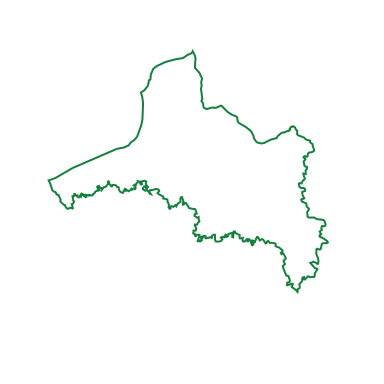 outline of Chhloung, Krâchéh, Cambodia, rotated 339°
{"feature_id": "14789045B96545795392219", "entity_name": "Chhloung", "entity_type": "district", "adm_level": 2, "iso_a3": "KHM", "parent_name": "Cambodia", "parent_adm1": "Krâchéh", "projection": "robinson", "projection_center": [106.098, 12.159], "detail": "fine", "context": "isolated", "style": "outline", "palette": "green", "viewbox_px": 384, "rotation_deg": 339, "n_neighbors": 0, "source": "geoboundaries", "source_scale": "gbopen_adm2", "svg_char_len": 6082}
<svg xmlns="http://www.w3.org/2000/svg" viewBox="0 0 384 384"><g transform="rotate(339 192 192)"><path d="M276.3,314.5L277.5,312.0L281.5,309.0L281.3,308.4L279.5,307.2L277.0,300.6L280.6,300.7L282.7,302.9L283.1,303.9L283.9,304.2L284.7,303.2L286.0,299.4L285.8,294.5L287.6,290.1L288.6,289.8L290.2,291.4L291.1,291.5L291.9,291.1L294.7,287.0L295.4,286.8L300.2,288.1L300.8,287.7L300.6,286.2L297.2,281.2L296.0,280.5L295.2,279.1L295.9,278.0L297.4,277.9L297.0,274.7L299.7,273.8L299.8,272.1L300.7,270.7L301.6,270.4L303.1,271.4L303.9,271.3L304.7,270.9L305.2,269.6L305.2,266.5L304.7,265.1L298.9,262.1L296.9,259.6L291.7,257.6L291.0,256.6L292.4,251.9L295.0,250.2L295.1,249.4L293.9,246.7L294.6,243.6L291.4,240.6L291.1,238.4L291.8,237.9L293.7,238.3L294.6,238.1L294.1,234.9L294.6,232.0L295.1,231.3L297.9,231.6L298.5,230.6L298.3,228.9L297.1,228.0L295.3,227.5L294.7,226.7L294.2,225.2L294.6,222.6L295.6,222.2L297.4,223.3L299.4,221.2L301.9,220.4L302.3,219.5L302.1,217.5L302.6,214.7L304.6,216.0L305.9,212.4L307.5,211.7L308.3,209.8L307.1,209.0L306.4,207.9L307.1,203.6L309.7,202.1L309.7,201.4L308.5,199.9L308.7,199.4L309.1,199.0L310.4,199.0L312.1,200.3L312.6,200.2L313.8,198.0L315.0,197.1L318.6,197.8L320.6,197.3L321.0,197.0L321.3,191.8L321.8,190.6L320.1,188.0L320.6,186.4L317.4,184.1L316.0,181.2L311.4,177.1L310.8,175.9L312.2,172.5L311.3,170.4L311.3,168.5L310.0,166.9L309.0,167.1L308.1,166.6L306.7,167.4L306.1,168.6L305.7,168.3L305.2,169.4L304.0,169.6L302.0,169.2L299.6,169.6L298.1,168.9L296.1,169.1L292.0,170.6L290.3,172.0L284.1,171.3L276.8,172.1L274.1,171.5L270.7,169.2L270.0,168.0L269.1,164.4L269.5,161.2L268.9,156.3L265.7,150.8L260.3,144.1L260.1,141.7L260.8,138.8L260.5,137.4L256.8,134.0L254.1,130.2L250.5,122.2L249.8,121.7L244.6,122.0L240.7,120.3L235.5,119.9L233.3,117.6L233.2,116.7L234.1,113.3L233.4,110.4L235.0,108.7L237.4,98.8L239.2,96.1L239.9,92.8L242.1,89.6L241.6,83.3L239.3,77.4L240.1,74.9L243.2,68.6L243.6,65.5L243.1,60.8L242.1,61.8L240.3,62.4L237.2,62.4L231.5,63.7L224.2,62.2L213.9,61.1L204.2,61.8L200.0,63.1L195.7,67.5L193.7,71.7L192.8,72.3L191.7,72.3L190.9,74.1L188.7,77.1L183.9,80.0L180.0,80.8L179.6,85.6L178.1,91.7L171.9,106.1L168.5,111.6L160.7,120.6L156.7,122.8L152.3,123.9L149.7,125.7L144.7,126.1L137.4,124.8L89.2,126.8L69.6,130.0L62.3,129.8L62.7,133.8L62.2,140.0L63.0,141.9L64.6,143.3L64.7,145.9L66.3,146.7L66.6,152.2L65.6,153.7L67.6,157.7L68.8,158.8L68.6,160.1L69.3,162.6L70.4,163.3L72.7,163.0L74.4,164.6L75.0,164.4L75.4,160.2L76.6,160.3L78.5,158.7L78.0,156.6L78.9,154.4L78.7,153.5L78.9,153.1L80.5,153.3L81.3,151.7L81.9,151.8L82.6,154.1L83.9,154.1L83.6,155.6L84.5,156.5L86.1,155.5L86.6,156.6L87.1,155.8L88.0,155.7L88.2,155.4L87.6,154.2L88.3,153.8L89.3,154.9L89.1,155.5L89.5,156.6L90.3,156.1L90.6,156.5L90.7,158.7L91.4,158.7L91.5,156.8L91.8,156.6L92.7,157.6L94.3,158.3L94.2,157.7L95.7,158.2L97.3,159.5L98.8,158.9L98.8,158.5L100.7,158.1L101.3,157.4L102.8,156.8L106.0,157.3L105.5,155.7L105.0,155.6L105.7,154.5L105.2,153.3L105.8,152.9L106.2,153.7L107.3,153.2L107.3,154.2L106.5,154.9L106.7,155.3L107.8,155.9L108.6,155.4L109.4,156.1L108.9,157.5L111.4,156.0L113.3,156.2L115.8,154.8L116.4,154.3L117.1,152.3L117.8,152.1L118.2,152.5L117.7,154.6L118.7,157.9L119.4,158.0L120.0,157.0L120.5,156.9L123.3,158.4L123.8,160.3L125.2,161.3L124.6,163.4L125.0,166.0L126.7,167.9L127.6,167.9L128.9,166.1L130.2,166.9L130.6,165.2L131.5,166.0L131.6,167.3L132.5,167.5L133.2,168.6L135.5,168.0L136.5,167.2L136.8,168.4L139.0,167.7L139.7,168.9L140.8,168.1L141.2,166.4L140.0,165.0L141.5,164.6L142.5,165.0L143.1,164.2L144.9,163.3L145.2,162.4L146.8,163.9L146.7,165.9L147.4,166.9L148.0,166.8L148.3,165.9L148.2,163.9L152.1,164.7L153.0,165.9L151.8,167.8L152.0,170.1L152.8,171.4L152.6,171.8L150.5,172.4L150.5,170.1L149.6,169.6L147.3,171.1L147.3,172.0L148.7,174.0L150.7,174.2L151.9,177.2L151.9,178.3L152.8,179.2L152.3,175.9L153.6,175.2L154.8,175.8L159.7,176.3L161.7,177.9L161.8,179.3L159.4,180.7L160.6,182.7L163.6,186.0L162.8,187.7L166.3,190.1L165.6,192.9L166.1,194.9L164.7,197.9L165.1,199.7L166.0,199.7L166.6,197.9L167.4,197.7L169.4,199.2L171.9,198.3L172.2,199.7L174.6,197.7L177.7,197.1L178.8,193.9L180.1,192.9L180.8,193.1L180.7,197.6L179.2,199.4L179.0,200.6L179.7,200.8L181.5,199.7L182.5,200.2L183.6,206.1L188.9,209.3L188.7,213.8L186.5,213.7L185.8,215.2L187.7,217.9L189.2,217.8L188.4,220.2L188.4,222.1L186.8,222.6L185.1,224.3L183.0,223.5L182.7,224.1L182.9,227.7L181.6,229.4L179.6,228.5L178.3,231.1L179.8,232.4L179.5,233.5L179.1,233.9L179.2,234.4L179.7,234.7L180.6,233.8L183.1,234.2L183.6,235.0L179.7,239.9L180.6,240.5L181.1,239.9L181.7,240.0L182.1,241.0L182.7,241.1L183.9,240.5L183.8,238.4L184.3,237.3L184.9,237.2L184.5,238.6L185.1,238.9L187.3,237.2L188.8,238.0L188.9,238.5L188.0,239.7L188.4,240.3L192.7,240.8L193.9,241.9L194.4,241.8L194.6,240.2L197.4,239.7L198.0,240.0L198.0,240.4L196.4,244.9L196.4,246.6L198.0,247.5L201.3,248.3L203.5,247.0L202.7,244.9L204.5,244.7L206.0,245.9L208.1,243.8L208.5,244.2L207.6,245.5L207.7,246.1L208.3,246.4L210.2,245.9L210.8,244.5L211.4,244.2L214.7,244.6L214.8,245.3L213.4,248.4L214.1,249.0L216.8,243.8L217.4,244.0L217.9,244.3L217.6,245.4L217.9,245.8L221.1,249.3L220.0,251.5L220.2,252.6L223.0,253.0L221.8,255.3L221.9,256.4L223.3,257.1L226.2,255.7L226.7,256.8L226.1,257.9L226.5,258.1L227.3,257.6L227.8,256.3L228.6,256.7L229.1,259.0L228.9,263.1L229.5,263.4L230.8,262.5L230.9,260.8L230.3,258.8L231.5,259.1L232.8,261.2L235.5,258.2L236.8,257.3L237.4,257.7L237.9,261.5L240.4,261.0L241.4,262.0L242.3,266.4L243.2,266.4L244.6,265.0L245.6,265.0L246.5,267.5L248.8,268.2L251.2,269.8L251.5,270.6L250.7,272.0L250.7,272.7L253.4,275.0L255.6,278.9L255.1,279.9L253.0,280.8L253.4,282.1L254.7,281.4L255.2,282.1L255.9,286.9L255.6,288.0L253.1,288.8L252.7,289.4L252.9,292.6L250.2,293.7L249.9,297.0L250.1,303.7L251.9,305.1L251.7,309.7L250.6,311.1L248.5,310.7L247.3,313.0L248.1,313.4L252.4,313.3L253.1,313.8L253.0,314.4L251.1,316.1L251.2,316.5L253.8,320.6L254.7,323.2L255.1,322.7L255.3,320.8L257.9,320.3L258.6,319.3L259.1,316.6L263.1,314.5L263.8,312.4L264.7,311.4L266.2,311.6L265.3,313.5L266.1,314.2L270.1,312.2L271.7,313.9L273.4,314.1L275.6,315.1L276.3,314.5Z" fill="none" stroke="#15803d" stroke-width="2"/></g></svg>